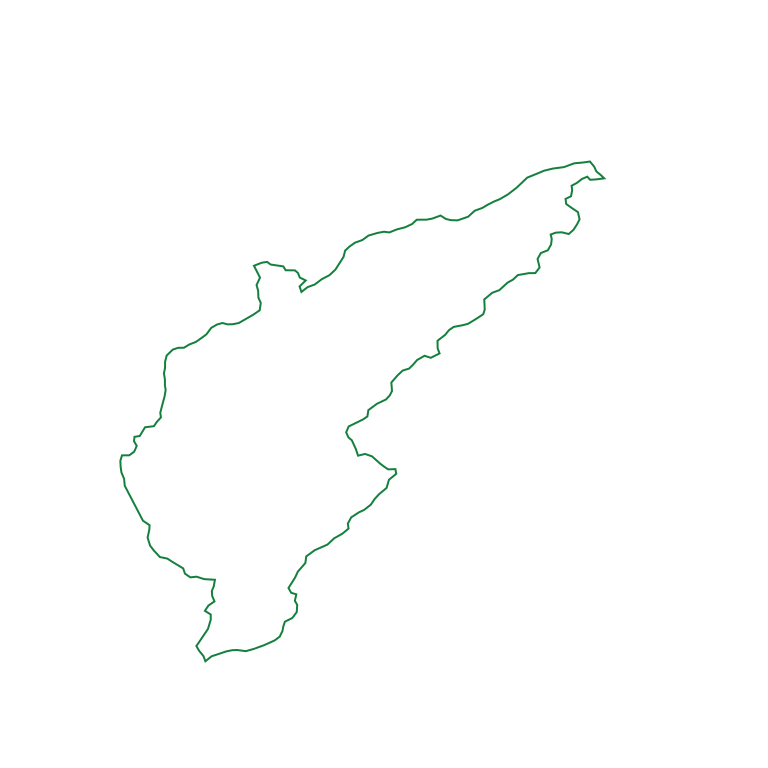 the district of Amorinópolis, Goiás, Brazil, rotated 240°
{"feature_id": "56859067B52837395632333", "entity_name": "Amorinópolis", "entity_type": "district", "adm_level": 2, "iso_a3": "BRA", "parent_name": "Brazil", "parent_adm1": "Goiás", "projection": "equal_earth", "projection_center": [-51.105, -16.664], "detail": "fine", "context": "isolated", "style": "outline", "palette": "green", "viewbox_px": 768, "rotation_deg": 240, "n_neighbors": 0, "source": "geoboundaries", "source_scale": "gbopen_adm2", "svg_char_len": 3124}
<svg xmlns="http://www.w3.org/2000/svg" viewBox="0 0 768 768"><g transform="rotate(240 384 384)"><path d="M551.4,330.5L545.2,330.2L538.1,329.8L533.4,323.1L527.6,321.6L521.6,318.4L515.8,317.8L510.0,313.2L509.4,305.7L509.4,294.8L509.4,288.7L511.5,282.7L513.9,278.3L517.6,274.6L519.0,269.2L519.0,262.5L515.8,255.0L515.1,248.9L514.5,241.9L515.6,235.0L515.4,229.0L518.3,223.7L519.4,218.3L517.3,210.0L512.8,205.6L507.4,202.4L503.2,198.7L497.6,196.6L492.2,193.5L488.1,192.0L483.2,188.0L478.0,182.8L471.0,175.9L466.6,174.1L464.7,168.1L462.5,163.7L466.0,155.4L461.1,146.5L463.0,141.5L459.5,138.9L454.0,138.9L450.3,133.8L449.6,127.7L453.2,121.4L449.2,117.2L443.7,114.4L438.7,112.4L431.8,111.5L425.5,108.6L386.1,106.9L379.0,110.4L375.4,108.1L369.2,102.5L361.0,100.6L354.9,101.4L346.2,103.4L341.1,109.1L336.3,111.5L324.7,117.9L319.3,116.8L313.4,119.6L310.8,125.4L305.0,130.6L299.0,139.7L294.0,135.5L290.8,131.4L286.3,129.2L280.5,128.5L279.9,121.1L277.1,115.5L271.0,118.7L266.5,116.1L259.9,109.1L253.9,96.8L250.9,90.5L245.5,90.5L238.6,91.6L233.2,90.7L234.4,98.6L232.6,107.1L231.3,113.7L229.4,119.3L227.2,123.6L221.7,130.8L219.7,138.7L217.8,149.4L216.6,161.1L217.4,167.5L221.0,172.7L224.4,175.6L227.7,179.3L227.2,187.6L230.1,194.4L236.1,198.4L240.8,198.4L245.7,202.9L249.6,199.2L255.1,199.3L260.8,210.2L264.6,215.6L268.3,226.4L273.6,230.5L274.7,241.0L273.2,254.7L275.3,263.9L275.2,273.2L276.5,281.0L281.2,282.9L284.9,288.9L285.4,298.2L284.9,303.8L286.1,312.3L289.1,318.4L291.1,324.8L292.7,334.3L298.6,340.4L300.1,349.7L304.6,351.3L308.0,344.9L312.6,342.7L316.6,341.0L327.4,337.4L332.9,332.6L334.9,325.7L341.7,327.1L351.4,328.0L355.5,326.5L361.1,327.1L364.9,332.2L364.4,339.2L363.8,347.9L364.2,353.4L369.2,357.4L370.4,368.0L369.6,378.1L371.3,383.4L373.9,387.4L381.6,391.1L384.7,400.1L386.3,407.0L384.8,413.4L386.2,418.8L388.2,424.6L388.2,433.2L383.3,437.6L382.7,447.4L388.1,448.3L394.7,452.0L396.0,461.5L398.2,467.4L398.6,472.9L395.8,480.9L394.1,486.7L394.3,495.9L394.8,504.8L397.9,508.3L402.0,510.5L407.1,513.1L408.9,523.3L407.6,530.8L410.0,541.7L409.9,547.8L411.4,554.4L407.6,564.8L404.4,570.5L407.1,577.0L415.5,579.5L419.0,585.3L417.9,592.8L421.3,598.5L425.8,601.8L430.1,603.1L429.2,608.4L426.5,613.8L421.5,619.0L422.8,625.2L425.8,631.1L428.8,635.7L435.9,637.9L442.2,634.8L448.8,631.8L453.5,633.8L453.1,639.8L457.6,643.8L461.9,645.6L461.7,651.6L462.6,658.0L461.9,663.7L457.8,664.6L455.0,670.3L452.0,677.5L456.9,676.1L461.9,674.2L467.1,674.7L473.7,673.6L476.0,667.8L480.0,659.1L481.9,648.2L486.2,637.8L488.7,629.2L489.6,622.1L491.1,611.2L487.7,597.1L486.2,585.9L486.2,576.4L487.0,570.7L487.4,563.4L487.3,557.3L488.7,549.2L486.8,540.5L488.9,529.6L492.4,523.9L496.0,520.1L501.6,517.2L503.1,508.6L505.0,503.1L509.9,494.5L508.5,488.4L509.2,480.5L511.5,472.2L512.6,464.4L515.9,460.1L518.1,453.8L520.3,444.8L519.5,437.2L520.9,429.5L520.3,423.0L519.0,417.1L514.3,412.5L507.4,399.2L505.5,391.1L505.9,382.7L504.8,373.8L506.1,366.3L505.0,358.5L510.7,359.7L512.8,368.0L518.3,364.3L523.1,365.0L526.9,363.7L531.7,355.7L536.2,355.6L540.0,350.8L544.1,345.6L548.2,343.8L550.2,338.6L551.4,330.5Z" fill="none" stroke="#15803d" stroke-width="2"/></g></svg>